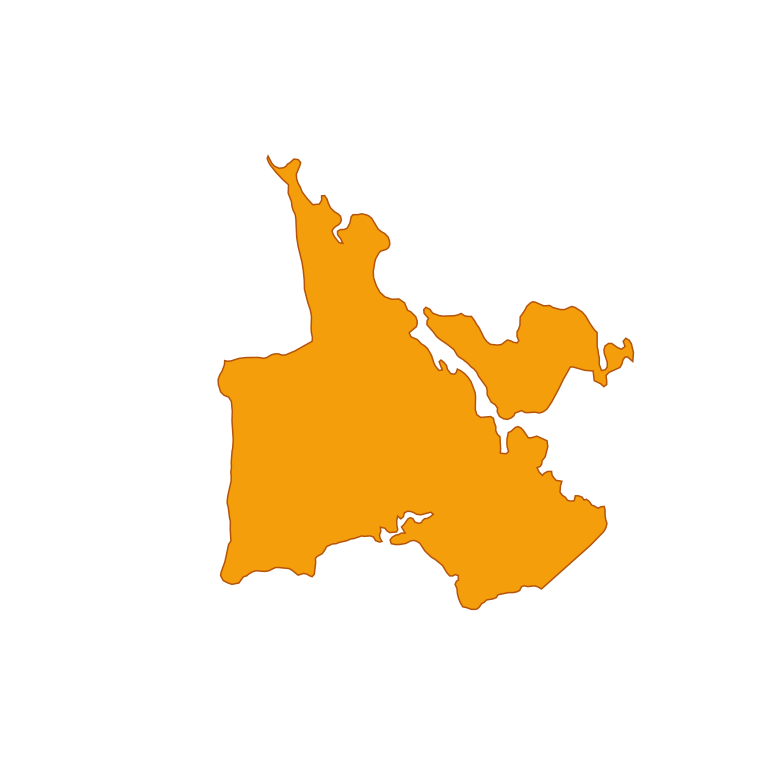 Kisauni, Coast, Kenya (Equal Earth projection), rotated 151°
{"feature_id": "3690345B29559403317261", "entity_name": "Kisauni", "entity_type": "district", "adm_level": 2, "iso_a3": "KEN", "parent_name": "Kenya", "parent_adm1": "Coast", "projection": "equal_earth", "projection_center": [39.676, -3.982], "detail": "fine", "context": "isolated", "style": "filled", "palette": "amber", "viewbox_px": 768, "rotation_deg": 151, "n_neighbors": 0, "source": "geoboundaries", "source_scale": "gbopen_adm2", "svg_char_len": 6172}
<svg xmlns="http://www.w3.org/2000/svg" viewBox="0 0 768 768"><g transform="rotate(151 384 384)"><path d="M347.6,131.8L345.7,128.4L281.5,142.9L263.7,148.3L261.3,149.5L259.0,151.3L256.6,154.0L255.8,158.0L254.4,161.8L251.6,166.9L250.8,170.2L253.6,171.4L257.0,171.6L259.1,175.2L261.0,177.2L261.4,181.7L262.9,185.0L265.3,185.6L265.6,189.0L268.0,191.8L270.8,193.5L274.3,189.7L277.8,191.2L279.9,193.4L280.3,196.9L282.0,200.3L282.5,204.1L279.1,209.3L275.6,212.7L280.2,216.3L281.0,220.0L281.1,223.3L279.8,226.3L283.4,228.2L287.3,228.2L289.7,227.2L291.0,231.6L290.7,236.6L287.3,236.2L284.8,237.6L283.0,240.2L278.3,242.2L271.2,249.7L268.9,255.3L275.6,264.3L281.5,265.6L283.9,267.1L284.7,276.1L285.6,279.3L287.4,281.8L290.5,282.3L295.9,281.0L298.8,281.3L303.2,276.1L305.3,272.5L306.8,269.1L307.8,264.5L311.0,263.8L315.8,267.1L313.4,270.8L308.1,281.8L309.2,284.8L308.9,289.0L306.8,292.6L306.2,297.1L304.9,300.9L306.5,303.8L315.6,307.9L317.7,312.1L316.5,317.5L309.8,329.0L308.4,332.7L306.8,343.7L307.2,348.8L308.4,353.9L310.5,358.4L312.6,361.5L315.3,359.0L317.7,358.4L320.7,360.8L321.4,366.1L320.4,369.8L321.1,373.8L322.5,377.3L325.0,376.8L326.2,368.1L329.3,369.1L330.4,374.8L330.1,378.7L328.6,386.0L328.8,394.0L329.9,397.4L331.9,401.1L333.3,406.6L337.6,412.3L337.1,416.7L328.0,418.4L325.6,420.8L324.3,423.5L323.6,427.5L325.6,434.2L327.6,437.0L326.7,445.1L329.8,451.2L336.1,454.3L341.0,459.8L343.1,466.3L343.1,473.5L341.6,481.9L338.9,487.5L332.8,495.3L330.2,497.8L324.9,501.1L322.5,501.8L316.6,500.6L314.0,501.1L311.3,503.2L309.9,506.3L309.2,510.3L310.3,515.0L312.6,518.8L314.0,522.4L314.4,534.8L315.8,538.4L317.7,540.8L321.0,543.7L324.3,544.6L329.1,547.1L331.6,546.2L335.8,541.3L340.7,538.1L344.1,538.5L347.3,540.2L350.6,540.2L352.2,537.0L351.5,532.4L351.8,527.0L354.7,529.3L355.9,536.4L355.9,539.8L355.1,543.3L352.7,544.6L349.4,545.3L346.6,545.3L344.2,546.1L341.9,547.9L340.7,551.8L341.6,554.8L343.7,558.5L345.4,563.8L345.0,569.4L344.2,573.2L344.6,577.6L347.4,578.8L349.4,575.0L353.3,572.7L359.4,575.4L361.2,582.9L362.5,591.6L361.8,597.0L361.8,601.5L361.0,605.6L359.0,610.0L351.6,615.9L349.5,618.2L350.3,621.9L353.7,624.4L359.4,623.1L361.8,623.1L364.2,621.9L367.3,621.9L371.2,623.6L374.2,627.6L375.1,631.3L374.9,639.6L376.8,638.0L377.4,634.1L377.4,630.9L375.9,621.7L373.4,611.8L370.9,604.6L375.3,597.3L376.5,588.5L378.3,584.2L379.2,580.3L379.5,575.2L381.1,571.0L389.2,554.7L392.2,546.5L396.8,529.9L399.3,523.0L403.4,513.5L407.7,505.3L411.2,491.9L412.5,484.7L413.4,481.8L414.8,478.0L420.5,468.5L422.4,464.6L424.1,459.3L426.2,456.2L445.9,456.1L456.3,457.2L459.3,458.8L461.5,461.4L464.7,463.2L468.2,464.1L474.1,464.0L476.7,464.8L480.9,468.1L492.0,474.1L498.5,476.7L506.8,478.4L509.9,479.8L512.0,481.7L514.2,478.2L519.4,473.8L523.6,471.3L527.0,468.2L529.1,463.9L530.7,456.3L529.4,451.7L526.2,447.8L526.0,442.6L529.9,433.7L534.8,425.5L542.9,408.3L547.5,401.1L549.3,399.1L555.4,389.9L558.0,384.8L560.7,381.2L562.3,377.5L564.7,373.3L574.7,362.1L577.4,358.4L579.0,355.6L580.1,351.4L584.1,341.5L584.9,338.5L588.9,331.5L594.1,320.8L597.7,319.0L609.2,305.8L617.6,298.4L619.8,295.7L619.9,290.0L616.9,285.6L614.1,282.5L607.4,280.3L600.4,283.6L597.1,282.8L594.3,283.4L590.5,283.5L586.6,282.8L579.2,277.9L575.9,276.6L568.1,276.1L565.6,274.9L556.6,268.7L554.8,265.9L551.8,258.5L546.0,257.2L543.6,255.1L542.1,252.4L540.3,250.3L537.2,251.4L530.3,261.0L528.7,264.5L526.4,265.6L520.3,265.6L516.4,267.4L513.1,269.6L506.7,269.1L503.1,267.5L499.7,267.1L493.0,265.1L487.7,264.4L484.9,263.3L477.3,262.0L474.9,260.2L469.8,257.9L467.4,255.3L467.3,251.0L464.6,248.0L462.1,247.3L462.2,251.2L461.1,254.2L458.3,256.5L456.6,260.5L453.1,257.4L452.6,254.2L451.1,251.3L444.7,248.5L442.5,250.1L441.4,253.9L439.1,258.4L436.1,261.8L434.7,257.9L431.4,258.5L428.7,261.4L425.1,261.3L422.3,259.4L420.2,256.9L418.6,254.2L415.3,251.8L405.3,249.2L404.0,246.2L408.1,245.4L411.4,245.5L413.8,246.5L416.2,246.0L418.6,244.7L421.0,245.2L423.9,248.2L424.0,252.3L426.0,254.4L428.4,254.4L435.1,251.2L438.0,250.5L437.8,243.4L441.1,245.2L444.1,245.2L447.4,246.2L451.3,246.0L454.3,244.6L455.0,240.8L451.7,237.9L448.0,236.0L442.3,234.0L436.5,233.8L433.2,232.4L431.4,230.1L429.9,227.3L429.2,218.3L428.1,214.4L426.6,209.7L424.2,205.5L420.8,196.9L420.5,188.5L419.6,184.4L417.0,182.8L414.2,182.8L412.0,180.6L413.8,176.6L416.2,176.4L419.0,174.3L419.3,169.8L421.4,165.2L422.6,160.7L423.2,156.1L423.2,151.0L420.2,148.4L417.0,144.7L413.8,142.8L411.4,142.1L408.5,142.8L405.3,144.5L402.3,144.5L399.0,145.4L393.1,143.3L389.3,142.8L386.6,144.4L376.5,141.3L372.1,138.9L368.8,137.9L365.6,137.6L362.0,140.0L359.3,139.6L356.5,137.1L350.2,134.5L347.6,131.8ZM150.6,290.5L148.1,299.4L148.4,303.4L150.3,306.8L154.1,305.4L155.0,299.9L159.5,299.3L162.0,302.5L165.2,309.1L168.0,310.6L172.2,310.1L175.0,307.4L176.5,303.9L178.2,294.8L180.4,290.7L183.5,289.2L187.2,290.3L186.3,296.6L182.8,302.9L181.9,306.4L180.4,309.9L179.5,313.2L172.6,325.8L173.7,329.0L174.5,336.7L174.7,345.6L175.8,350.9L179.8,358.4L182.2,360.8L190.1,361.6L193.5,363.5L199.2,369.0L201.0,372.3L206.4,374.9L211.8,381.9L213.8,383.7L216.2,384.0L221.2,382.8L225.5,380.0L232.4,376.6L236.6,369.5L239.7,366.7L242.2,365.3L244.6,361.1L245.1,356.5L247.5,355.4L250.5,357.6L252.4,360.5L254.8,362.7L262.1,361.6L266.0,363.1L271.7,367.1L273.4,370.9L274.1,375.1L273.6,387.2L274.1,390.7L274.1,395.4L274.8,400.7L277.8,402.4L280.5,404.6L282.3,408.3L285.9,408.6L289.6,409.7L299.6,414.8L302.8,417.3L307.1,422.4L307.7,427.0L310.1,430.8L313.2,429.8L314.7,426.2L313.2,419.8L315.6,418.5L317.7,415.0L315.6,405.4L315.0,400.1L313.4,395.9L308.9,386.9L306.2,380.2L306.0,373.3L304.9,370.3L303.1,367.3L300.4,360.6L299.6,356.9L298.0,353.5L297.2,349.4L297.5,344.7L295.9,331.5L297.1,327.9L299.0,324.5L299.0,316.1L296.8,311.9L296.4,307.9L298.4,304.9L298.7,299.7L296.4,295.7L293.2,293.2L289.0,292.7L285.9,293.3L283.5,295.0L276.5,294.0L274.7,290.9L272.5,289.4L265.4,286.1L262.4,283.4L259.1,282.6L255.9,282.7L253.1,283.3L246.0,287.0L233.1,295.3L225.2,300.9L212.8,308.5L210.6,307.4L201.6,298.5L194.8,294.0L198.5,285.0L194.4,279.2L193.0,275.1L189.5,275.5L187.7,278.8L185.7,283.8L181.5,285.1L169.7,284.1L166.4,286.0L163.5,289.0L160.4,290.7L157.9,289.6L155.5,283.1L150.6,290.5Z" fill="#f59e0b" stroke="#b45309" stroke-width="1.5"/></g></svg>